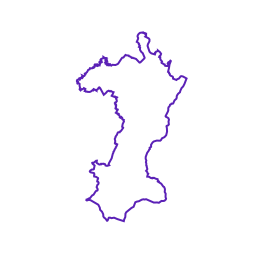 Wang Wiset, Trang, Thailand, rotated 209°
{"feature_id": "78962969B96586587830005", "entity_name": "Wang Wiset", "entity_type": "district", "adm_level": 2, "iso_a3": "THA", "parent_name": "Thailand", "parent_adm1": "Trang", "projection": "orthographic", "projection_center": [99.462, 7.753], "detail": "fine", "context": "isolated", "style": "outline", "palette": "violet", "viewbox_px": 256, "rotation_deg": 209, "n_neighbors": 0, "source": "geoboundaries", "source_scale": "gbopen_adm2", "svg_char_len": 5949}
<svg xmlns="http://www.w3.org/2000/svg" viewBox="0 0 256 256"><g transform="rotate(209 128 128)"><path d="M101.4,36.7L101.1,36.9L101.0,37.4L101.3,40.2L100.3,40.9L98.8,41.1L96.7,42.8L93.0,43.2L86.5,44.5L87.0,46.1L87.2,48.8L88.7,51.9L88.7,53.5L86.2,59.8L84.9,61.8L85.6,66.6L84.5,68.0L83.0,69.2L81.2,72.0L80.0,73.1L78.8,73.5L77.6,74.5L69.3,75.3L66.4,77.0L64.7,77.6L63.4,80.4L61.8,81.2L60.8,82.1L60.3,83.7L60.4,84.6L61.7,85.8L63.2,88.8L64.9,89.9L65.8,92.0L66.5,92.9L67.8,93.9L68.8,93.9L71.9,95.4L75.7,95.6L75.4,96.3L76.4,96.5L77.3,97.6L79.1,97.1L81.2,97.0L81.4,96.6L82.5,96.2L82.5,95.7L84.1,95.3L85.7,95.6L87.6,94.8L88.1,96.5L88.1,97.8L89.1,98.0L89.8,98.8L91.4,99.3L91.1,101.0L91.3,101.6L92.8,103.1L93.1,103.8L93.8,104.0L94.9,106.0L95.8,106.8L96.2,108.4L97.6,109.6L98.5,111.3L99.2,115.6L98.9,118.1L99.0,119.7L98.7,120.2L99.5,121.3L98.8,122.3L98.7,122.8L99.7,124.5L99.5,127.2L99.0,128.6L96.8,130.9L93.7,132.5L93.3,133.5L93.3,135.4L91.7,137.7L91.1,140.2L92.1,143.8L93.9,146.7L95.2,148.2L95.1,148.7L94.2,149.8L94.0,150.9L95.7,153.3L96.2,155.1L97.3,156.1L98.5,156.3L100.3,156.2L100.9,156.6L101.1,161.8L101.4,163.1L102.4,164.9L102.6,165.8L102.2,167.2L102.5,168.8L101.9,169.5L101.8,170.4L100.6,171.0L100.4,171.5L100.7,174.7L99.9,177.0L100.1,178.1L100.8,179.4L100.9,181.1L100.7,182.5L99.9,184.4L100.3,186.0L100.5,188.9L99.9,191.1L100.0,194.0L100.8,199.7L104.9,199.7L106.3,199.3L107.0,198.7L107.4,196.0L108.7,194.4L108.9,193.5L112.5,193.0L113.2,194.2L113.9,194.6L116.2,194.4L117.1,194.7L117.6,195.5L118.5,195.6L119.0,196.5L120.2,196.5L121.2,200.2L122.5,203.7L123.0,207.3L123.6,207.4L123.8,206.2L124.6,205.0L124.6,204.0L124.5,203.5L123.6,203.3L123.2,201.7L123.5,201.3L125.6,200.4L126.8,201.4L127.7,201.0L128.5,201.3L130.1,201.2L130.5,201.6L130.5,202.7L132.6,203.5L133.5,204.3L134.0,205.4L135.2,205.2L135.3,206.2L134.8,207.2L135.0,208.9L136.7,209.8L139.3,210.3L139.1,210.0L140.5,208.3L140.5,207.4L140.9,207.0L140.8,206.5L140.6,206.6L140.3,206.4L140.1,205.4L143.7,204.6L145.1,204.8L146.2,205.2L150.7,209.3L151.2,210.9L151.3,214.3L152.2,215.9L153.3,216.4L157.2,216.3L156.9,217.4L157.9,219.3L158.2,219.2L158.5,218.7L158.9,219.1L159.3,218.7L160.0,218.7L160.1,218.9L160.8,218.5L161.2,218.9L163.7,217.0L164.3,215.4L164.4,213.7L164.0,212.6L162.8,211.7L162.4,210.8L162.1,207.6L160.3,207.5L158.9,206.8L158.9,206.2L157.5,205.6L157.7,204.2L156.4,204.2L155.8,202.8L155.1,202.0L153.3,201.0L151.4,200.6L147.6,197.6L147.4,196.9L149.0,191.4L149.7,190.8L154.4,192.3L156.4,192.0L157.5,191.6L158.0,191.8L158.8,191.1L160.2,191.6L161.9,191.3L162.5,191.7L164.6,190.8L165.6,190.7L166.2,187.4L167.1,186.7L167.3,185.9L167.8,179.5L168.2,178.7L169.5,177.0L172.5,175.6L172.8,174.5L174.1,174.3L174.4,174.7L174.6,174.3L175.3,174.8L176.1,174.5L175.6,173.4L176.4,173.3L176.7,172.8L177.3,173.0L177.2,173.4L178.2,173.4L177.8,173.9L178.3,174.4L178.6,174.2L178.9,174.6L179.5,174.5L179.1,175.6L178.3,176.0L179.2,176.9L180.0,175.9L180.4,175.9L180.5,176.2L180.1,176.4L180.1,177.2L180.5,176.8L181.0,177.0L181.0,178.6L182.3,178.0L184.0,178.2L183.4,177.1L185.0,175.3L185.1,174.2L184.8,173.9L183.9,174.0L183.6,173.7L184.5,173.1L185.0,171.7L184.7,171.5L183.3,172.7L183.0,172.6L183.8,171.4L183.2,169.1L185.0,169.0L185.0,168.5L184.3,168.0L184.7,167.4L185.9,167.1L185.7,168.1L186.2,168.5L187.8,167.5L187.8,166.9L187.1,166.1L186.8,165.3L187.2,163.9L187.5,163.7L188.0,164.1L188.4,162.7L190.3,161.8L190.0,160.7L191.0,159.5L190.9,157.2L191.2,156.6L191.2,155.9L192.1,154.7L191.2,154.1L191.5,153.4L191.4,152.4L192.0,151.9L193.1,151.8L192.1,151.2L192.2,149.7L193.2,149.9L193.1,149.1L193.8,148.7L193.4,147.8L193.6,146.8L193.8,146.8L194.2,147.7L194.7,147.7L194.7,146.5L195.7,145.6L195.6,144.5L195.2,143.9L194.5,144.3L194.1,144.2L193.8,142.4L193.6,142.4L193.2,143.3L191.7,143.1L190.8,141.4L189.5,140.0L189.0,138.3L187.7,137.9L187.3,139.5L187.0,139.4L186.7,139.7L185.9,141.0L185.9,141.5L184.2,141.5L183.8,139.3L182.8,139.7L182.3,139.4L181.5,140.0L180.9,140.0L178.9,141.0L177.9,142.4L177.8,143.1L177.2,143.6L177.2,144.2L176.6,144.2L176.8,145.4L175.7,145.5L175.2,145.3L173.9,145.3L174.2,145.6L174.2,146.0L173.4,146.7L173.2,148.0L172.8,148.4L173.2,148.9L172.9,149.6L172.4,149.6L171.4,149.2L165.3,145.3L164.3,148.0L163.9,150.0L162.9,151.3L161.4,151.3L160.9,152.1L159.2,152.0L158.0,152.3L157.7,149.5L158.0,148.6L157.9,148.2L154.9,148.6L154.7,149.2L153.5,148.9L152.9,149.5L152.4,149.5L152.7,147.8L151.6,147.1L150.8,146.1L151.0,144.4L151.5,144.2L151.6,143.5L151.0,143.3L150.8,142.7L149.9,142.6L149.9,142.2L149.3,142.0L149.0,141.3L149.2,141.1L148.4,140.0L148.6,139.2L148.2,138.9L147.2,139.1L147.0,138.8L145.9,139.1L145.8,138.7L146.0,136.9L145.6,136.3L145.9,135.4L144.6,135.3L144.6,135.5L143.7,135.8L142.9,135.8L142.7,134.9L141.7,134.9L140.9,134.2L140.4,133.3L139.4,133.3L139.1,134.4L137.9,134.0L137.2,132.9L135.5,133.0L135.4,132.2L134.7,131.7L134.6,129.0L133.7,126.2L132.4,126.0L132.3,125.8L132.6,122.8L132.8,121.7L133.2,121.3L133.2,120.2L134.5,119.5L134.7,118.5L134.4,116.8L134.7,114.4L134.3,113.6L134.4,112.5L134.2,111.9L132.8,110.4L132.1,108.3L131.3,108.0L130.8,108.2L130.7,108.5L129.5,108.5L129.2,106.1L129.4,105.3L129.1,104.7L129.3,102.7L129.0,101.6L129.2,100.1L128.8,99.4L128.8,98.1L127.6,93.6L127.6,88.0L127.3,86.7L126.4,86.3L128.0,84.7L129.5,84.3L130.5,85.2L131.9,85.0L132.0,84.7L133.5,84.1L133.7,83.4L134.4,83.4L134.7,82.5L135.4,82.1L138.4,82.3L138.9,82.8L139.4,84.3L140.0,83.9L141.2,80.9L142.3,80.4L142.4,80.1L141.5,79.5L139.0,79.0L137.9,75.4L138.1,75.0L139.5,74.1L140.3,72.6L140.4,71.6L139.9,71.2L139.2,71.1L136.5,71.9L135.7,72.0L134.9,71.1L134.8,70.3L134.1,69.2L132.2,69.8L130.0,69.7L129.6,69.2L129.5,67.6L129.0,66.3L127.9,66.4L127.1,65.8L126.8,64.9L126.8,64.2L127.2,63.5L126.8,61.1L125.1,60.0L124.5,59.2L124.5,58.4L125.3,57.7L125.6,56.5L125.8,53.0L126.7,51.5L127.2,48.4L128.3,47.1L128.9,45.9L129.6,45.3L129.4,44.7L128.8,44.7L127.6,46.0L126.8,46.4L125.6,46.7L116.8,46.5L114.1,44.7L112.7,42.9L110.2,42.2L107.9,40.6L106.7,38.7L105.6,38.1L103.7,37.8L101.4,36.7Z" fill="none" stroke="#5b21b6" stroke-width="2"/></g></svg>